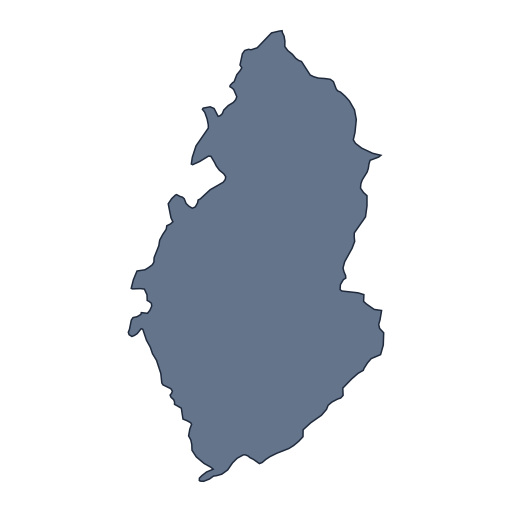 map outline of Czechia (Albers equal-area conic projection), rotated 270°
{"feature_id": "CZE", "entity_name": "Czechia", "entity_type": "country or territory", "adm_level": 0, "iso_a3": "CZE", "parent_name": "Europe", "parent_adm1": "", "projection": "albers", "projection_center": [15.441, 49.807], "detail": "fine", "context": "isolated", "style": "filled", "palette": "slate", "viewbox_px": 512, "rotation_deg": 270, "n_neighbors": 0, "source": "natural_earth", "source_scale": "50m", "svg_char_len": 3008}
<svg xmlns="http://www.w3.org/2000/svg" viewBox="0 0 512 512"><g transform="rotate(270 256 256)"><path d="M481.3,282.1L479.6,282.3L475.8,284.1L470.9,284.9L465.5,284.8L461.4,287.8L457.7,292.4L453.7,295.7L451.6,298.6L450.5,301.5L437.0,310.2L435.3,313.7L433.9,318.4L433.5,324.7L432.7,330.3L430.4,333.4L423.0,336.2L421.2,337.6L419.9,340.5L415.8,345.1L411.0,349.4L402.1,354.5L392.4,356.3L379.6,355.0L372.2,353.3L368.6,355.5L363.8,361.8L358.7,372.7L356.7,380.9L354.9,378.6L351.7,370.1L348.2,369.0L343.5,368.3L339.9,367.1L332.2,362.3L328.3,360.9L323.8,360.5L319.5,363.5L316.3,367.0L306.2,367.0L295.1,365.5L279.1,354.3L275.0,354.2L270.6,354.7L263.7,352.1L250.3,344.7L244.0,343.0L240.1,344.0L236.4,345.6L233.9,345.8L232.4,343.4L227.4,340.4L222.4,340.1L221.0,341.8L219.2,358.0L217.4,363.9L210.6,363.6L208.1,366.3L202.6,374.1L201.5,381.6L192.0,380.0L187.6,378.7L183.6,379.6L179.2,383.7L167.0,383.3L157.4,380.6L153.4,371.2L149.1,367.5L143.6,364.0L141.7,363.3L138.7,358.1L133.1,351.7L123.9,342.8L116.6,343.1L114.0,340.7L112.9,337.5L110.0,332.0L106.7,328.1L102.6,326.5L96.8,321.5L89.2,310.7L82.2,303.1L75.3,303.0L71.0,299.0L66.6,293.8L63.5,288.9L58.8,276.9L55.4,270.0L52.6,265.8L49.5,262.2L48.4,259.4L52.7,253.3L54.2,250.2L56.1,247.9L57.1,245.4L57.2,243.5L53.8,237.2L49.1,232.5L42.1,227.7L37.8,221.8L36.3,216.4L35.9,213.5L33.0,209.5L30.7,203.7L30.9,200.2L31.5,199.3L33.9,199.4L36.4,201.9L40.0,206.5L42.8,213.2L44.8,210.8L48.6,204.0L55.1,196.3L61.7,192.0L67.4,191.8L72.1,190.8L76.1,188.6L82.9,189.8L87.7,191.6L89.3,190.6L91.5,186.6L92.9,183.0L103.8,181.3L107.7,174.5L109.8,174.6L112.3,173.7L114.6,171.1L116.9,170.1L118.6,171.5L120.9,172.4L123.3,170.8L127.1,163.0L129.1,161.8L138.6,160.8L151.7,156.5L158.3,152.5L164.8,150.3L171.7,146.5L182.7,142.8L183.3,141.2L178.3,137.1L176.6,134.5L175.5,131.9L177.3,129.1L179.7,128.3L182.8,129.5L191.9,131.3L194.4,133.0L195.3,137.1L197.6,140.9L199.4,141.3L198.7,147.4L201.6,149.8L205.8,151.7L208.7,151.4L210.7,148.9L211.5,147.2L217.2,147.0L222.9,144.4L223.4,140.2L223.1,132.3L223.7,131.2L232.3,133.4L241.0,137.0L242.2,144.9L244.5,148.7L247.2,152.3L249.9,153.9L254.4,154.1L266.2,158.8L271.9,159.7L277.8,162.9L282.7,166.2L286.3,166.8L288.0,170.4L290.2,172.9L294.1,171.0L308.2,168.2L313.4,171.7L316.9,175.4L317.4,176.6L315.6,179.9L314.8,182.5L313.3,184.2L308.5,186.1L305.7,189.0L303.8,192.3L305.1,195.3L309.2,197.6L312.0,198.1L313.1,200.3L322.3,210.2L329.8,223.3L332.6,225.3L335.3,225.7L338.3,223.7L341.8,219.4L346.0,216.3L349.5,214.6L355.7,210.9L355.9,208.5L350.5,199.7L347.3,192.6L348.0,191.3L354.7,192.3L366.1,196.0L383.9,208.3L387.0,208.3L393.1,207.1L399.6,204.8L402.7,202.4L403.9,203.2L405.2,210.2L403.5,214.1L395.7,218.1L396.2,220.0L398.3,222.3L402.0,223.8L406.5,228.3L409.6,233.4L412.3,235.7L415.3,236.8L422.5,233.7L424.4,231.5L425.3,229.9L426.7,230.2L429.3,232.6L430.2,234.1L437.3,236.8L441.5,240.2L444.2,241.8L447.0,240.0L458.3,242.4L461.5,244.7L462.7,248.6L462.2,251.0L464.2,257.2L479.1,271.5L480.9,279.1L481.3,282.1Z" fill="#64748b" stroke="#1e293b" stroke-width="1.5"/></g></svg>